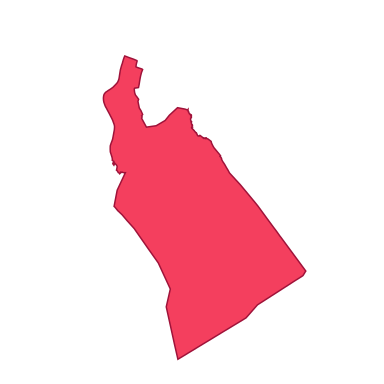 outline of Venray, Limburg, Netherlands, rotated 249°
{"feature_id": "6326949B92597341568086", "entity_name": "Venray", "entity_type": "district", "adm_level": 2, "iso_a3": "NLD", "parent_name": "Netherlands", "parent_adm1": "Limburg", "projection": "robinson", "projection_center": [6.037, 51.508], "detail": "fine", "context": "isolated", "style": "filled", "palette": "rose", "viewbox_px": 384, "rotation_deg": 249, "n_neighbors": 0, "source": "geoboundaries", "source_scale": "gbopen_adm2", "svg_char_len": 4784}
<svg xmlns="http://www.w3.org/2000/svg" viewBox="0 0 384 384"><g transform="rotate(249 192 192)"><path d="M77.4,269.9L117.7,258.8L119.3,258.3L124.4,257.0L130.7,255.2L140.5,252.5L142.4,252.0L155.3,248.5L157.8,247.7L164.7,245.4L170.0,243.6L181.2,239.8L196.4,233.8L196.6,233.8L199.7,233.4L202.4,232.9L205.9,232.4L207.3,232.1L208.7,231.8L208.9,231.7L209.4,231.6L209.5,231.6L211.9,231.3L212.0,231.4L212.1,231.5L212.3,231.4L212.6,231.5L213.1,231.6L213.7,231.5L214.2,231.3L215.2,230.9L215.5,231.6L216.7,231.3L217.4,231.1L224.8,228.6L225.3,228.4L227.8,228.0L229.2,227.9L230.3,227.8L230.9,227.8L232.4,228.0L235.7,226.0L236.1,225.5L236.3,225.3L236.8,224.9L237.4,224.8L237.7,223.9L237.1,223.7L238.4,222.3L238.0,222.1L238.4,221.8L239.8,221.1L240.0,221.0L240.6,220.6L240.8,220.5L242.0,219.7L242.1,219.2L241.9,218.8L241.7,218.7L241.8,218.4L241.9,218.2L242.0,218.0L242.1,217.8L242.3,217.7L242.5,217.6L243.0,217.4L243.3,217.4L243.5,217.4L243.8,217.3L244.1,217.4L244.3,217.4L244.5,217.4L245.3,217.2L245.6,217.3L245.7,217.2L245.8,217.2L245.9,216.9L246.0,216.8L246.3,216.7L246.7,216.7L246.8,216.7L247.0,216.5L247.4,216.3L247.7,216.2L248.2,216.1L248.6,216.1L249.1,215.7L249.4,215.7L249.6,215.6L250.0,215.5L250.1,215.4L250.3,215.2L250.6,215.1L250.9,215.1L251.1,215.1L251.5,214.7L252.1,214.8L252.2,214.7L252.3,214.8L252.3,215.0L252.4,214.9L252.5,214.9L252.6,215.0L252.8,215.2L252.9,215.3L252.9,215.5L253.0,215.6L253.3,215.7L253.4,216.1L253.5,216.1L253.8,216.1L254.0,216.0L254.1,216.3L254.6,216.4L254.8,216.1L255.3,215.9L255.7,215.9L255.8,216.0L256.0,216.1L256.5,216.1L256.7,216.3L256.8,216.3L256.9,216.2L257.0,216.2L257.2,216.3L257.3,216.2L257.8,216.2L258.0,216.3L258.0,216.5L257.9,216.6L258.0,216.8L258.2,216.7L258.3,216.6L258.5,216.6L258.9,216.4L259.0,216.4L259.5,216.5L259.9,216.6L260.0,216.6L260.4,216.7L260.7,216.8L261.4,217.2L261.4,217.3L261.4,217.6L261.5,217.7L261.6,218.0L261.8,218.1L262.1,218.2L262.5,218.1L262.8,218.2L262.9,218.3L263.0,218.3L262.9,218.4L263.4,218.5L263.4,218.8L263.5,218.8L263.9,218.5L264.0,218.7L264.1,218.8L264.2,218.7L264.3,218.6L264.5,218.7L264.6,218.4L264.8,218.4L265.0,218.3L265.1,218.1L265.3,218.2L265.5,218.1L265.9,217.8L266.0,217.6L266.4,217.6L266.9,217.5L267.2,217.5L267.4,217.5L267.5,217.6L267.8,217.7L268.0,217.6L268.3,217.3L269.1,217.4L269.5,217.6L269.8,217.7L270.1,217.6L270.5,217.8L270.2,217.2L271.9,215.2L275.9,208.7L271.8,198.4L268.4,192.6L266.7,182.3L268.9,172.7L274.9,171.9L278.9,171.4L279.2,171.6L279.5,172.0L279.8,172.1L280.2,172.3L280.6,172.5L280.8,172.4L281.2,172.3L281.4,172.8L281.7,173.1L281.8,173.3L282.0,173.7L284.4,173.6L286.2,173.5L289.3,172.9L295.9,174.0L297.1,174.9L297.4,175.2L297.7,175.4L298.8,175.1L300.4,174.7L301.7,174.3L302.5,174.0L303.1,174.0L304.8,174.0L305.8,174.2L306.8,174.4L308.8,175.0L309.1,175.2L309.4,175.4L309.5,175.6L308.8,178.8L308.7,179.1L308.7,179.5L311.7,181.4L314.0,182.7L316.7,184.3L318.9,185.7L321.7,187.7L324.0,189.8L324.6,189.5L325.4,188.6L326.9,186.7L327.6,185.9L328.9,184.5L329.0,184.5L331.3,185.8L334.1,187.8L334.0,188.1L336.9,185.1L337.5,184.4L340.3,181.1L343.1,178.0L343.0,177.9L342.0,176.9L340.6,175.7L338.4,174.0L337.1,173.1L335.5,171.7L333.2,170.0L331.7,168.9L326.5,165.9L325.4,165.3L324.2,164.6L323.8,164.3L323.5,164.1L322.9,163.6L321.7,162.5L320.8,161.4L320.1,160.0L319.8,159.5L319.0,157.7L318.5,156.7L318.0,155.5L317.5,153.5L317.3,152.9L316.8,150.1L316.5,149.2L316.2,147.6L315.9,146.9L315.4,145.9L315.0,145.4L314.9,145.2L314.4,144.7L313.9,144.3L313.6,144.1L313.1,143.8L312.0,143.2L311.3,142.9L310.4,142.6L309.1,142.2L307.5,141.9L304.8,141.8L303.2,141.8L302.2,141.9L301.2,142.1L298.5,142.4L296.2,142.7L293.8,143.0L291.6,143.2L291.0,143.3L290.1,143.4L287.7,143.6L287.4,143.6L287.1,143.6L282.8,143.5L282.1,143.4L281.5,143.3L280.8,143.1L279.6,142.6L278.8,142.2L277.9,141.8L274.8,139.9L272.0,138.2L271.2,137.7L270.2,137.1L269.0,136.2L266.2,133.7L264.6,132.4L264.3,132.2L262.4,131.4L261.1,130.9L258.7,130.1L253.4,129.8L252.5,129.7L252.1,129.6L251.5,129.5L251.0,129.3L250.8,129.3L250.6,129.2L250.3,128.9L248.9,129.7L248.6,130.0L247.8,129.1L247.7,129.2L246.8,128.2L245.0,128.7L245.1,128.8L245.7,129.4L246.6,130.2L244.6,131.0L244.4,131.1L243.1,131.3L242.3,131.2L242.2,131.1L241.0,130.3L240.4,130.0L239.7,129.5L239.5,129.3L239.1,129.5L238.2,129.9L236.6,130.1L236.2,130.6L234.9,131.0L235.4,132.0L235.5,132.3L235.7,132.7L235.9,132.7L235.7,133.0L235.5,133.3L235.6,133.5L235.7,133.8L235.4,134.0L235.2,134.2L234.5,135.2L233.9,136.7L222.8,125.2L220.5,122.8L206.5,114.1L205.5,114.6L201.2,116.0L195.8,118.6L188.6,121.1L178.7,124.9L154.8,130.8L137.9,135.1L109.2,137.0L94.0,126.8L62.8,122.1L55.6,121.0L40.9,118.9L44.7,139.8L45.1,142.0L49.0,163.5L50.1,169.5L50.3,170.6L55.1,197.3L63.2,212.7L69.4,242.6L72.0,255.0L74.1,265.4L74.3,265.7L74.5,266.1L76.7,268.9L77.4,269.9Z" fill="#f43f5e" stroke="#9f1239" stroke-width="1.5"/></g></svg>